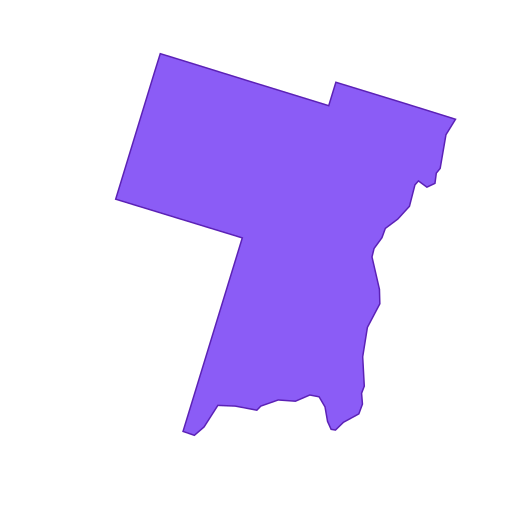 Mercer, North Dakota, United States of America, rotated 107°
{"feature_id": "52423323B83406409622886", "entity_name": "Mercer", "entity_type": "district", "adm_level": 2, "iso_a3": "USA", "parent_name": "United States of America", "parent_adm1": "North Dakota", "projection": "natural_earth1", "projection_center": [-101.73, 47.278], "detail": "fine", "context": "isolated", "style": "filled", "palette": "violet", "viewbox_px": 512, "rotation_deg": 107, "n_neighbors": 0, "source": "geoboundaries", "source_scale": "gbopen_adm2", "svg_char_len": 739}
<svg xmlns="http://www.w3.org/2000/svg" viewBox="0 0 512 512"><g transform="rotate(107 256 256)"><path d="M109.8,406.8L242.7,406.8L242.7,274.4L445.1,274.5L445.5,262.5L434.7,255.7L410.0,248.8L405.6,232.0L403.2,210.1L398.1,207.5L387.2,192.7L383.3,175.8L373.2,163.9L372.2,154.5L380.1,145.9L393.3,139.2L399.8,133.5L399.2,129.1L389.5,123.8L376.9,111.5L366.5,110.9L356.4,114.9L348.8,114.4L321.2,124.5L291.7,128.6L265.5,123.6L251.8,128.2L223.0,144.8L214.3,145.3L201.7,140.9L191.8,140.4L179.2,131.2L163.6,123.8L141.5,124.8L136.7,122.6L140.2,112.7L134.2,106.1L124.0,107.8L118.4,105.5L84.5,109.8L66.9,105.2L66.6,153.3L66.5,230.4L91.0,230.4L90.8,317.9L90.5,392.0L90.5,406.7L109.8,406.8Z" fill="#8b5cf6" stroke="#5b21b6" stroke-width="1.5"/></g></svg>